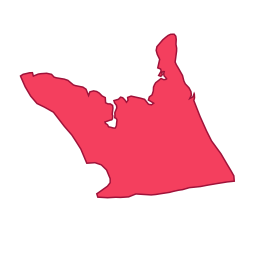 Ngerkesowaol, Palau (Albers equal-area conic projection), rotated 158°
{"feature_id": "81905179B86075584623295", "entity_name": "Ngerkesowaol", "entity_type": "district", "adm_level": 2, "iso_a3": "PLW", "parent_name": "Palau", "parent_adm1": "", "projection": "albers", "projection_center": [134.492, 7.341], "detail": "fine", "context": "isolated", "style": "filled", "palette": "rose", "viewbox_px": 256, "rotation_deg": 158, "n_neighbors": 0, "source": "geoboundaries", "source_scale": "gbopen_adm2", "svg_char_len": 2175}
<svg xmlns="http://www.w3.org/2000/svg" viewBox="0 0 256 256"><g transform="rotate(158 128 128)"><path d="M49.4,38.9L47.8,44.0L48.5,49.4L49.8,57.7L51.5,69.3L55.4,84.7L56.3,95.7L56.9,111.8L56.7,128.8L55.0,131.1L53.8,134.7L53.8,135.1L56.0,132.6L59.7,132.2L56.9,134.8L56.0,138.2L56.4,142.4L58.4,147.5L58.6,150.6L57.8,156.3L58.9,164.6L59.5,168.5L59.6,171.5L54.2,181.0L53.0,183.8L52.2,187.6L50.1,192.1L49.3,195.2L50.1,197.7L53.3,198.9L56.0,198.8L59.3,197.9L62.8,196.7L70.7,192.6L72.8,189.4L73.3,185.3L72.9,179.8L77.9,172.6L75.7,170.5L75.9,168.4L79.9,165.2L78.4,163.8L77.4,163.8L76.2,164.7L76.0,166.7L74.3,167.2L73.3,166.7L74.6,164.9L75.0,162.8L74.2,160.9L73.8,159.1L74.6,158.9L76.1,159.2L77.1,159.7L78.1,160.8L78.8,161.5L85.4,159.6L87.1,158.3L89.0,156.4L90.7,152.8L93.3,149.7L96.6,148.8L98.6,146.3L96.6,143.7L94.9,141.4L97.5,140.7L100.1,142.3L101.9,148.4L105.3,151.0L113.2,156.4L116.9,156.5L117.6,153.7L119.8,152.4L120.5,155.5L121.6,158.1L123.3,159.4L126.1,158.2L130.8,158.7L131.0,156.4L130.2,153.2L130.9,150.8L134.3,147.3L134.7,146.6L135.1,145.3L135.8,143.7L136.5,142.5L135.4,141.4L135.2,139.6L136.0,138.1L136.7,136.9L137.9,134.5L139.5,133.0L140.1,132.7L141.9,133.7L143.7,135.1L145.6,136.4L145.8,138.8L147.2,140.7L147.1,142.2L141.9,142.0L140.0,141.7L139.0,142.4L137.6,144.8L137.5,146.6L134.5,152.1L133.8,154.7L135.3,156.9L137.6,157.9L139.3,159.8L137.7,164.7L140.0,167.4L141.6,171.2L143.4,173.6L146.0,175.3L149.8,175.8L152.4,172.9L152.4,177.6L152.4,179.7L154.5,182.8L160.9,187.0L162.5,188.4L165.9,194.7L168.8,197.2L175.7,201.4L177.5,202.9L178.8,206.4L182.9,209.2L188.4,211.0L191.0,211.6L196.3,211.6L195.9,215.1L198.7,216.1L201.5,216.5L205.1,217.1L208.2,216.5L208.2,215.1L207.9,204.7L206.3,194.1L203.2,184.8L197.6,178.6L191.2,170.6L186.4,153.4L182.7,142.6L181.4,136.0L179.6,126.1L179.4,110.8L171.6,108.2L166.5,103.8L163.6,97.1L163.5,87.8L163.8,87.0L165.0,84.0L166.8,82.9L168.9,81.7L178.0,79.5L181.6,78.7L181.9,75.2L173.0,71.0L165.3,68.4L161.1,66.5L153.2,63.9L145.4,63.9L131.6,57.3L127.3,56.0L122.1,54.8L113.7,52.8L109.9,52.3L104.5,51.4L100.4,50.4L93.4,49.7L82.8,46.6L76.1,45.3L66.9,43.3L59.1,41.5L56.4,40.9L49.4,38.9Z" fill="#f43f5e" stroke="#9f1239" stroke-width="1.5"/></g></svg>